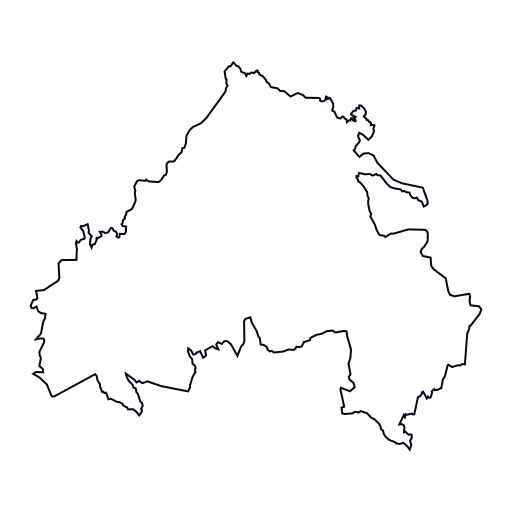 Watsa, Orientale, Democratic Republic of the Congo (Robinson projection)
{"feature_id": "63176286B47500153281287", "entity_name": "Watsa", "entity_type": "district", "adm_level": 2, "iso_a3": "COD", "parent_name": "Democratic Republic of the Congo", "parent_adm1": "Orientale", "projection": "robinson", "projection_center": [29.312, 2.77], "detail": "fine", "context": "isolated", "style": "outline", "palette": "ink", "viewbox_px": 512, "rotation_deg": 0, "n_neighbors": 0, "source": "geoboundaries", "source_scale": "gbopen_adm2", "svg_char_len": 6015}
<svg xmlns="http://www.w3.org/2000/svg" viewBox="0 0 512 512"><path d="M479.0,306.3L470.5,305.3L469.5,301.0L470.1,296.7L469.3,293.8L454.5,296.3L450.0,294.8L448.3,291.3L445.7,278.3L434.1,269.6L432.4,267.5L431.2,265.7L430.6,257.6L422.9,256.0L420.6,252.1L421.8,249.0L424.8,245.9L427.7,241.1L427.8,234.0L427.2,231.6L425.4,229.8L408.5,229.4L393.4,233.7L390.8,233.6L385.3,237.0L384.2,235.8L379.6,235.0L376.8,230.5L374.9,224.7L370.3,216.4L371.2,213.9L369.7,211.2L368.4,205.3L368.1,201.0L368.8,198.6L367.4,195.5L367.2,192.2L363.7,186.5L360.0,182.3L358.3,181.6L358.1,179.8L356.4,177.5L356.5,176.1L358.3,176.4L358.9,172.9L365.3,174.3L369.8,174.0L372.7,175.6L376.2,174.0L377.6,175.2L380.5,175.5L386.6,183.4L390.1,186.8L393.1,188.1L400.6,189.4L402.4,191.5L404.0,190.9L406.6,192.3L409.5,192.6L410.3,195.2L412.7,197.9L415.2,198.3L416.9,197.6L418.4,200.3L421.8,201.6L423.8,206.5L426.9,204.8L427.7,203.4L427.5,200.7L422.8,187.7L401.7,183.2L393.5,179.7L377.3,162.7L373.6,155.6L368.9,153.2L363.6,153.5L359.4,156.9L353.7,150.4L354.9,149.2L356.0,145.7L359.1,142.4L359.9,140.5L358.0,136.2L359.2,132.9L362.8,134.6L368.3,139.8L371.8,136.5L374.1,131.0L373.3,129.1L374.5,125.5L374.1,124.9L370.8,125.2L371.2,123.5L370.2,122.1L369.1,121.8L368.1,120.2L366.5,119.8L366.3,118.5L364.4,117.2L363.9,116.1L365.6,114.4L366.0,112.0L364.4,108.7L362.2,106.5L360.8,105.4L359.1,105.5L359.2,108.5L356.6,108.0L355.8,110.6L353.7,110.8L351.2,113.7L351.0,114.3L353.0,115.8L355.5,116.9L354.2,117.8L355.7,120.6L355.2,121.3L353.3,120.6L351.9,118.1L350.9,118.4L350.4,120.6L348.8,120.5L346.9,122.2L346.4,119.2L344.9,118.7L343.4,116.7L342.2,116.7L340.5,118.5L337.1,117.4L334.2,111.3L332.7,111.0L332.2,109.8L333.3,107.1L333.1,103.5L329.9,98.0L328.8,97.8L328.2,99.0L327.5,99.0L326.8,96.9L326.0,96.6L325.6,100.0L323.6,101.2L321.1,101.2L320.1,100.6L320.0,98.7L319.2,98.0L305.6,97.7L303.0,95.1L297.8,93.0L290.5,96.5L284.3,91.2L280.2,91.0L277.5,88.3L270.9,87.1L268.7,83.2L266.6,82.0L265.8,79.7L262.9,76.3L259.3,74.4L259.1,72.9L257.6,72.1L257.9,71.0L257.3,70.5L255.9,71.0L254.3,73.1L251.5,72.5L249.3,74.0L247.5,73.5L246.4,76.0L244.8,73.1L241.2,71.8L240.5,69.0L238.6,66.5L236.5,65.8L233.3,62.4L230.6,66.2L228.8,66.4L224.6,71.5L225.7,78.7L226.6,79.7L226.3,83.4L227.6,85.9L226.0,87.9L225.5,91.5L206.5,117.8L200.9,123.3L192.9,127.0L189.5,130.3L186.4,135.9L185.9,143.5L184.3,147.8L182.4,148.1L181.5,152.3L178.6,155.0L174.8,160.6L173.2,161.6L169.2,161.5L167.1,163.2L166.5,165.1L166.9,171.8L166.0,174.6L163.8,175.8L161.1,180.1L158.6,182.1L148.7,181.4L146.1,179.7L145.1,180.9L139.2,180.2L137.1,181.1L134.2,186.5L135.3,190.8L134.8,193.5L135.7,199.6L135.1,202.4L132.1,208.9L126.5,211.9L126.2,214.5L124.7,216.8L125.0,218.7L123.2,219.9L122.4,223.4L121.6,224.2L122.6,226.0L126.1,226.6L125.9,231.5L124.6,234.0L119.9,233.9L119.2,237.4L118.1,237.5L116.5,236.5L117.1,233.9L116.0,231.8L113.7,230.8L112.4,228.1L110.7,228.1L108.1,232.4L105.4,233.1L102.5,231.6L99.8,231.9L101.4,234.4L101.4,236.2L98.1,237.9L97.0,237.7L96.4,238.5L96.8,239.7L94.7,244.1L92.5,244.7L91.6,247.6L90.0,244.4L90.5,238.5L91.8,236.3L88.6,232.8L88.9,230.1L87.6,224.2L83.1,226.2L81.0,226.1L80.4,227.4L83.3,231.3L84.8,237.7L84.4,238.7L80.8,239.9L78.8,242.5L77.7,242.5L76.5,241.0L75.9,242.9L76.9,248.6L76.4,259.9L61.5,260.1L58.5,263.5L59.4,277.8L58.0,280.8L43.8,290.1L36.0,290.9L37.4,298.0L36.4,299.5L33.3,299.9L30.7,305.5L31.5,308.0L33.2,308.3L36.4,306.6L38.3,311.3L41.0,313.1L45.6,313.8L45.0,318.3L43.2,321.8L41.0,333.5L36.0,339.3L41.0,338.4L43.6,338.7L44.3,340.3L43.9,342.7L39.4,351.8L39.7,355.1L40.9,358.2L39.3,366.1L42.7,368.7L43.2,372.3L36.0,372.0L33.2,373.8L39.7,377.7L46.8,384.4L51.8,396.5L54.3,396.4L95.1,374.2L96.8,376.2L97.4,380.0L100.0,384.3L100.1,386.5L102.0,391.8L103.1,391.6L104.4,393.0L105.8,392.7L106.5,393.5L108.4,399.3L110.8,398.7L116.8,401.8L119.2,402.0L122.6,403.8L123.0,405.4L127.1,407.5L128.1,409.4L133.0,409.2L135.9,411.3L139.2,415.4L141.6,412.0L142.0,410.2L141.1,408.8L142.7,405.9L142.1,403.3L140.4,401.7L137.8,393.6L136.4,392.2L135.8,388.4L133.6,387.7L132.7,384.9L129.2,381.4L126.8,377.4L125.9,373.6L134.6,379.9L136.4,382.4L139.3,380.9L141.5,382.8L143.3,382.9L147.4,381.4L161.3,386.1L188.0,391.4L190.1,387.3L189.9,385.8L192.6,376.9L195.6,371.6L194.8,370.4L195.6,367.9L195.1,365.8L192.5,363.7L192.2,359.2L190.2,357.0L188.0,351.7L188.2,348.4L191.3,350.7L193.2,354.5L195.2,354.2L196.7,352.6L200.1,351.2L203.1,357.7L205.6,356.1L206.0,355.2L205.0,350.4L212.7,346.2L215.2,348.3L218.3,349.3L216.2,344.5L217.9,342.2L221.9,343.9L224.1,341.4L225.9,340.9L227.7,341.5L230.9,344.2L237.4,355.9L241.2,346.3L243.2,344.2L244.4,341.2L244.1,321.2L245.4,318.9L250.3,317.3L251.8,322.6L256.7,331.2L258.4,336.5L259.8,338.3L260.7,344.5L263.5,344.9L266.9,347.0L267.7,349.7L269.7,351.4L271.6,350.9L274.0,352.5L283.5,351.5L288.6,349.5L293.7,349.9L295.2,349.0L296.4,346.7L298.8,347.1L301.7,346.5L303.9,342.1L310.2,340.0L310.2,338.0L316.8,334.7L321.8,333.8L326.9,331.1L332.9,330.6L334.6,332.2L336.0,332.4L344.2,330.9L346.6,331.5L347.2,336.4L351.0,349.4L350.4,357.9L348.5,363.5L350.5,374.4L348.9,376.7L349.4,379.4L353.5,382.9L354.7,387.1L350.0,391.3L340.9,387.8L340.5,389.9L344.2,406.7L341.5,407.6L342.3,413.4L344.6,414.0L352.5,413.4L354.2,412.1L356.9,411.9L358.4,412.6L360.7,411.1L367.1,413.3L371.3,417.8L374.4,419.2L378.6,423.3L380.2,425.5L381.1,429.2L383.1,430.8L383.7,433.7L385.7,436.9L389.1,439.9L395.0,442.2L396.5,443.5L399.6,443.9L403.4,442.9L407.5,446.5L409.7,449.6L411.3,444.9L410.1,440.6L411.8,437.8L411.7,435.0L410.7,434.3L408.6,434.8L405.4,431.7L404.0,432.3L404.4,427.0L403.5,425.0L401.7,424.1L399.3,424.5L403.9,414.9L404.9,417.1L405.9,414.3L407.1,414.7L411.8,413.6L413.4,414.6L414.3,414.1L418.0,397.0L419.7,396.5L421.6,394.1L422.1,392.2L423.1,391.6L426.8,398.4L427.9,396.6L428.9,397.8L430.6,397.3L432.1,392.8L431.8,391.2L434.3,389.0L434.8,390.2L438.1,389.7L441.3,388.0L442.8,379.7L445.1,375.6L447.6,365.5L448.5,364.7L452.1,367.0L458.3,365.2L460.3,365.5L462.2,364.0L464.9,364.4L467.2,333.7L469.3,328.4L469.4,326.0L470.6,325.7L479.6,314.0L481.3,309.4L479.0,306.3Z" fill="none" stroke="#020617" stroke-width="2"/></svg>